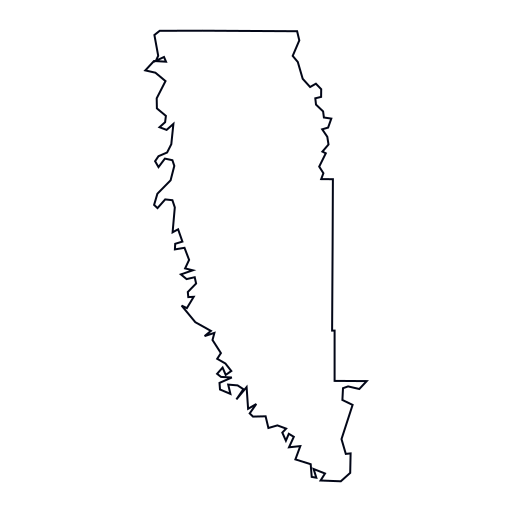 the district of Bossier, Louisiana, United States of America
{"feature_id": "52423323B21890268683082", "entity_name": "Bossier", "entity_type": "district", "adm_level": 2, "iso_a3": "USA", "parent_name": "United States of America", "parent_adm1": "Louisiana", "projection": "natural_earth1", "projection_center": [-93.631, 32.628], "detail": "fine", "context": "isolated", "style": "outline", "palette": "ink", "viewbox_px": 512, "rotation_deg": 0, "n_neighbors": 0, "source": "geoboundaries", "source_scale": "gbopen_adm2", "svg_char_len": 1758}
<svg xmlns="http://www.w3.org/2000/svg" viewBox="0 0 512 512"><path d="M320.6,480.5L340.8,481.3L350.2,472.9L350.6,453.4L345.8,453.9L341.5,439.1L352.6,404.9L342.4,400.0L343.0,388.2L348.1,386.4L359.3,389.0L366.7,381.1L334.6,380.9L334.6,371.1L334.6,330.6L332.1,330.6L332.6,246.6L332.9,179.2L321.2,179.1L323.4,173.2L319.2,166.6L325.8,153.3L322.4,151.6L328.5,144.5L327.3,136.8L322.2,129.3L328.1,127.6L331.3,118.6L323.9,117.5L323.1,111.4L316.0,104.6L315.3,98.3L321.1,96.9L321.2,89.2L315.9,83.7L310.1,87.0L302.7,78.8L297.8,62.0L292.7,55.9L299.3,40.4L297.1,31.2L295.2,31.2L292.2,31.2L202.4,30.7L164.2,30.8L159.7,30.8L154.4,35.0L158.2,55.8L155.9,60.8L164.0,57.0L166.0,61.7L154.0,61.0L145.3,70.4L155.4,72.7L165.5,81.1L156.7,98.3L156.9,108.4L165.9,115.9L165.1,122.2L159.5,127.2L166.6,129.9L173.4,123.9L171.3,144.2L167.1,152.5L158.5,156.2L155.1,161.2L158.5,167.1L164.9,158.6L172.4,160.2L174.3,165.9L170.6,180.3L157.4,193.7L154.1,204.9L157.5,208.1L165.2,199.4L172.4,200.2L174.8,207.4L172.6,232.3L178.1,229.3L182.4,241.6L175.2,243.8L174.9,249.4L184.5,247.8L189.1,259.9L185.1,268.4L192.8,270.3L180.9,274.4L186.6,279.1L194.7,277.2L196.1,283.5L187.8,292.0L188.3,297.1L193.7,296.8L186.9,308.1L181.6,305.6L195.3,322.2L210.9,330.9L204.6,336.1L214.4,332.9L212.5,340.0L220.9,353.1L217.2,358.8L225.4,363.5L231.3,371.0L225.7,374.9L222.6,367.6L217.1,373.8L221.0,376.9L231.8,377.5L219.5,382.9L220.0,389.5L230.4,393.9L228.2,384.6L237.6,385.4L243.4,389.2L236.4,399.4L246.6,387.1L248.1,408.8L256.3,404.0L249.7,413.4L253.0,416.6L265.6,416.3L268.4,428.0L277.4,425.4L286.1,428.6L282.3,432.6L285.9,440.7L288.8,433.8L293.8,436.8L289.0,447.3L300.3,446.1L295.4,459.4L310.7,464.2L311.7,476.9L316.3,477.7L313.6,469.0L325.0,473.5L320.6,480.5Z" fill="none" stroke="#020617" stroke-width="2"/></svg>